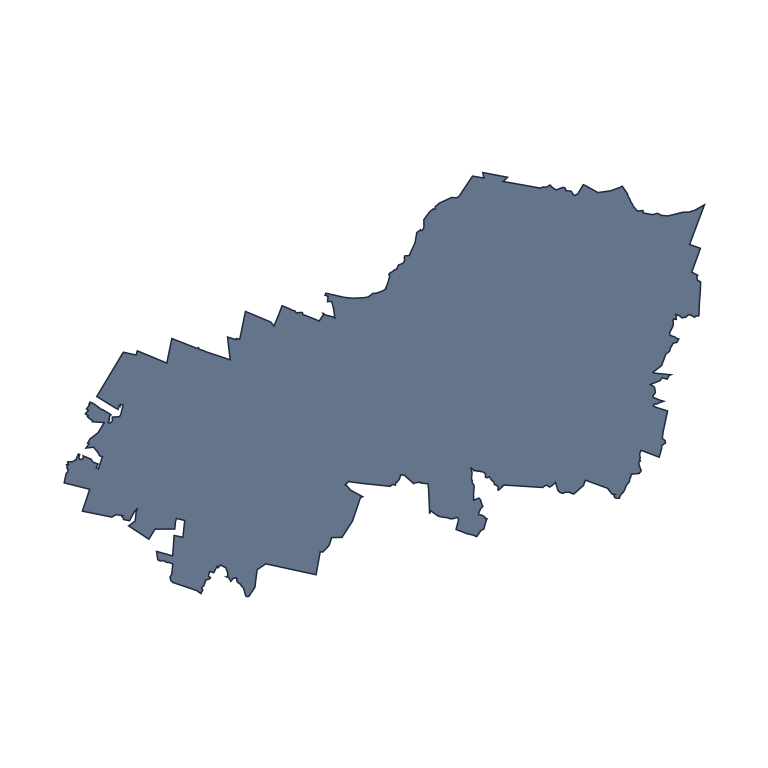 the district of Jesús María, Aguascalientes, Mexico, rotated 192°
{"feature_id": "50627088B43766130092771", "entity_name": "Jesús María", "entity_type": "district", "adm_level": 2, "iso_a3": "MEX", "parent_name": "Mexico", "parent_adm1": "Aguascalientes", "projection": "mercator", "projection_center": [-102.408, 21.935], "detail": "fine", "context": "isolated", "style": "filled", "palette": "slate", "viewbox_px": 768, "rotation_deg": 192, "n_neighbors": 0, "source": "geoboundaries", "source_scale": "gbopen_adm2", "svg_char_len": 6155}
<svg xmlns="http://www.w3.org/2000/svg" viewBox="0 0 768 768"><g transform="rotate(192 384 384)"><path d="M604.3,192.1L581.7,183.3L577.8,194.4L558.5,198.6L559.3,205.6L559.1,209.3L550.6,209.1L548.8,192.3L557.8,192.2L555.0,171.9L571.7,173.0L568.8,165.1L568.5,165.2L566.2,164.3L563.7,165.2L561.1,165.1L559.7,164.2L556.9,164.8L553.1,163.9L552.1,153.4L553.2,151.0L551.9,147.6L549.7,146.0L524.4,143.0L519.5,140.9L518.4,144.8L520.1,146.7L518.3,149.2L517.5,154.8L517.8,155.0L514.3,156.9L513.4,158.5L515.5,159.5L515.9,160.0L515.6,164.3L511.3,164.0L509.4,170.9L508.1,169.7L506.4,173.0L500.7,171.4L497.6,166.9L497.4,165.1L496.9,164.4L497.4,162.8L497.9,162.6L495.6,162.3L492.8,159.1L490.9,162.8L488.4,163.2L488.0,163.6L487.3,162.7L487.3,161.4L486.6,160.1L484.4,158.8L482.5,158.2L482.1,157.4L478.8,154.9L475.2,147.9L474.2,147.6L472.1,148.0L468.0,158.3L469.5,175.9L462.3,183.5L410.8,183.3L411.5,206.7L408.9,206.9L404.1,214.7L403.2,222.9L393.2,225.2L386.3,243.4L383.4,267.9L381.4,269.3L394.6,273.2L399.8,277.1L400.9,277.4L398.2,281.5L397.5,281.2L384.7,282.2L356.7,285.2L355.0,287.5L351.8,287.4L351.9,290.1L350.7,290.9L349.1,294.2L348.9,298.6L345.0,298.9L334.2,292.7L333.8,293.4L328.2,295.6L327.8,294.8L320.2,295.5L318.6,290.7L312.4,266.6L312.0,269.7L303.4,266.0L298.0,265.9L295.6,266.4L290.6,265.9L287.1,267.2L285.9,268.4L283.9,268.4L282.8,266.8L283.3,256.7L271.8,254.8L265.5,254.7L261.6,253.9L258.7,260.9L257.3,262.1L256.2,262.6L255.7,270.8L255.2,273.6L257.3,273.7L257.5,274.8L261.1,276.1L263.9,275.9L264.6,276.5L263.6,282.2L261.8,284.8L263.4,286.9L265.4,290.6L267.0,292.0L267.7,292.0L272.1,289.0L272.7,290.8L272.8,292.7L273.5,294.5L274.5,302.7L275.6,304.4L277.0,305.5L277.7,306.8L277.5,307.6L278.8,309.8L279.4,315.5L281.7,320.5L280.3,319.4L278.8,318.8L278.0,317.8L275.5,318.5L274.9,318.1L273.3,318.2L272.7,318.8L271.4,318.4L269.4,318.7L266.0,317.3L265.5,314.0L263.8,313.7L261.6,315.0L258.8,312.4L256.0,310.7L255.4,309.9L255.2,308.6L252.7,308.3L250.9,307.1L250.6,304.1L249.7,304.1L245.6,310.1L207.1,315.8L205.9,317.5L203.8,318.9L200.5,317.6L198.7,319.4L195.8,323.3L192.6,317.5L191.4,315.7L190.3,315.0L188.1,314.3L186.2,314.2L184.1,315.8L179.9,316.7L178.5,316.1L175.5,315.8L167.9,326.1L166.9,331.8L143.2,328.4L143.2,328.0L138.0,323.7L135.3,323.9L136.1,323.3L136.0,323.0L135.5,322.0L134.1,320.6L130.0,321.1L130.0,322.5L129.2,325.5L127.6,327.7L126.6,330.3L125.9,335.3L123.6,339.6L123.9,341.9L123.3,344.6L123.3,347.2L115.7,349.6L115.6,350.3L114.7,351.4L114.5,353.3L115.6,354.3L118.1,358.9L118.2,361.0L117.3,361.7L117.3,362.3L118.3,363.0L117.9,365.2L118.7,366.5L119.4,368.7L118.9,372.6L99.6,369.6L99.0,378.6L99.4,380.0L99.3,381.8L96.4,384.9L97.4,387.2L100.5,388.7L101.0,395.2L101.0,416.6L112.8,417.7L116.0,418.5L115.4,420.4L112.6,421.4L111.3,422.6L106.8,425.3L111.1,425.6L117.8,426.9L118.5,428.3L116.9,431.4L116.9,432.8L118.8,437.2L123.5,438.8L114.8,444.6L112.9,448.0L108.0,447.6L107.0,451.4L105.3,452.7L120.6,451.0L122.7,451.0L123.4,451.4L116.3,459.7L114.5,471.9L111.4,475.5L111.3,478.5L109.8,483.5L109.5,484.0L106.1,485.7L105.0,489.3L107.2,489.5L109.7,490.7L112.1,490.7L114.8,491.6L115.2,493.7L113.4,500.5L113.4,502.2L114.6,507.1L113.9,508.0L112.8,507.7L111.5,508.0L113.1,512.8L112.0,512.9L111.2,512.2L109.8,512.3L108.5,511.9L106.5,510.6L102.7,512.0L100.7,515.0L97.9,515.1L94.1,513.8L92.8,515.5L91.3,515.6L90.2,516.4L92.4,529.3L93.8,540.0L95.5,549.7L99.1,550.7L100.4,554.1L99.7,555.6L106.2,557.4L102.7,582.5L114.1,584.0L107.8,625.9L116.0,618.6L121.1,615.7L127.5,614.1L141.2,607.4L147.9,606.6L150.9,607.7L152.8,607.5L156.4,605.5L166.3,605.2L166.7,607.5L172.2,605.9L178.0,610.4L178.3,611.6L179.9,612.8L182.4,616.5L184.0,617.9L185.7,621.0L192.2,627.1L193.8,625.5L202.8,620.0L214.6,615.7L228.2,620.0L230.5,620.4L234.0,610.3L236.7,608.1L238.3,608.6L240.9,611.5L246.6,611.0L246.8,612.4L248.0,613.5L249.8,613.6L256.1,609.6L261.0,611.7L262.9,613.2L266.0,610.4L270.1,609.5L272.0,607.8L272.6,608.1L309.6,606.9L306.1,611.9L331.3,611.4L329.2,606.2L340.6,605.8L349.7,583.0L351.8,581.2L356.7,580.5L367.3,572.6L370.8,568.0L370.1,566.0L370.7,565.5L372.4,565.5L372.9,564.5L374.2,563.4L375.6,560.9L379.2,553.1L377.5,545.4L377.9,543.8L378.9,542.1L379.5,541.7L380.5,542.4L383.4,538.9L383.0,528.7L386.1,514.9L390.2,513.7L390.5,511.9L389.6,509.9L390.1,506.7L391.4,505.4L394.6,503.4L395.6,498.9L397.5,497.7L399.9,494.8L400.9,494.5L402.1,492.2L400.9,490.8L401.1,485.1L402.2,478.2L401.7,478.1L403.9,475.4L407.4,472.9L408.4,472.7L408.8,472.1L410.7,471.1L413.9,470.3L415.2,468.3L417.9,465.7L422.5,463.9L433.0,461.3L440.9,460.5L459.8,460.7L460.2,458.6L457.0,458.1L456.4,452.8L454.7,453.4L452.0,453.4L448.7,446.5L445.9,438.4L447.9,439.0L456.2,439.4L457.5,440.4L458.5,440.4L457.6,439.4L460.6,432.0L464.8,433.0L475.6,434.8L477.7,434.9L478.6,436.9L481.6,436.4L484.5,435.2L486.3,437.0L490.4,437.2L490.9,437.7L500.0,439.4L501.4,429.8L503.7,417.8L507.8,421.1L534.6,426.2L534.4,397.8L537.9,397.8L537.9,396.6L546.8,397.4L539.5,375.7L566.5,378.7L567.1,379.1L572.2,379.6L572.9,381.0L574.5,380.0L601.0,384.4L600.8,359.3L632.2,365.2L632.5,360.8L645.6,360.9L662.4,312.0L641.8,304.7L638.8,303.9L638.6,307.4L637.5,307.0L637.7,309.2L634.8,309.1L635.1,300.6L635.5,298.1L635.8,297.4L636.9,296.7L642.8,295.2L642.8,294.1L641.8,291.8L643.7,288.8L645.5,288.7L645.1,292.5L645.5,292.5L645.8,293.5L645.7,295.1L644.6,297.1L653.9,300.5L654.4,300.1L664.4,304.6L667.9,305.2L668.4,302.9L667.6,302.5L669.8,297.8L667.6,296.9L670.0,292.7L666.8,291.5L667.3,290.4L664.8,288.8L661.3,287.5L661.5,286.4L649.6,288.1L653.6,276.9L660.2,269.1L661.6,264.3L660.1,264.0L662.2,259.4L654.7,261.8L653.6,260.5L652.7,260.1L648.8,256.8L647.6,254.9L646.8,254.5L644.4,254.3L645.7,241.6L648.2,242.6L647.0,246.3L652.8,247.2L654.9,249.6L663.4,251.2L662.8,250.1L663.2,248.4L664.0,247.4L666.1,247.0L667.2,248.7L667.0,251.8L668.4,252.0L669.4,247.2L669.1,246.3L669.6,245.5L670.7,245.2L672.5,243.1L677.1,242.2L677.3,241.6L675.8,239.6L677.8,239.1L676.4,236.9L676.8,235.9L675.1,234.5L675.3,231.7L676.3,230.4L676.3,220.8L650.0,219.8L652.6,196.9L622.5,197.2L619.2,200.3L613.5,201.0L612.2,200.8L612.8,199.8L610.8,198.7L610.7,197.3L604.5,197.3L601.6,207.2L599.1,211.4L599.9,207.9L598.9,198.2L604.3,192.1Z" fill="#64748b" stroke="#1e293b" stroke-width="1.5"/></g></svg>